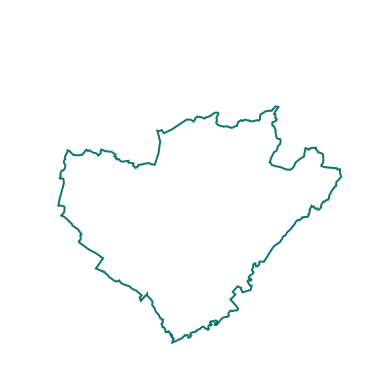 outline of Kao Liao, Nakhon Sawan, Thailand, rotated 46°
{"feature_id": "78962969B93579167004560", "entity_name": "Kao Liao", "entity_type": "district", "adm_level": 2, "iso_a3": "THA", "parent_name": "Thailand", "parent_adm1": "Nakhon Sawan", "projection": "equal_earth", "projection_center": [100.115, 15.884], "detail": "fine", "context": "isolated", "style": "outline", "palette": "teal", "viewbox_px": 384, "rotation_deg": 46, "n_neighbors": 0, "source": "geoboundaries", "source_scale": "gbopen_adm2", "svg_char_len": 6031}
<svg xmlns="http://www.w3.org/2000/svg" viewBox="0 0 384 384"><g transform="rotate(46 192 192)"><path d="M75.5,252.5L76.7,254.1L78.3,258.7L79.3,259.9L80.2,260.1L80.3,261.4L81.1,263.1L81.9,263.8L84.7,264.4L86.6,266.9L87.1,269.6L86.2,270.6L86.2,271.4L88.0,274.7L89.4,275.3L90.0,277.4L90.5,277.7L91.2,277.3L92.3,275.7L93.2,275.5L93.7,275.6L96.8,278.2L104.5,291.2L108.9,297.6L109.5,297.1L109.7,296.6L112.9,294.3L113.8,294.1L114.8,294.4L117.7,297.9L118.2,302.4L119.6,301.6L122.3,301.0L131.7,300.6L133.1,301.3L140.2,299.8L141.5,300.5L142.7,300.4L145.8,301.0L146.0,302.9L147.5,303.7L148.6,305.1L148.8,306.5L149.2,306.8L148.9,307.7L150.0,308.2L162.8,305.9L165.5,304.8L168.9,303.8L173.3,302.8L175.8,302.7L176.5,302.2L177.9,302.0L180.3,314.3L184.0,312.6L185.5,312.2L186.7,311.3L188.0,311.4L188.5,310.5L189.5,310.4L190.9,310.9L191.5,310.5L193.3,310.2L195.3,310.7L201.9,309.5L204.0,308.5L205.2,305.7L206.2,306.2L209.8,305.9L216.6,302.4L219.6,302.3L222.9,301.3L224.4,300.5L231.4,300.1L231.6,303.0L233.5,303.2L233.5,303.9L234.8,304.4L234.4,300.9L234.4,296.9L234.1,295.1L235.2,296.1L242.6,296.3L244.3,297.3L245.2,298.8L245.9,299.3L248.7,299.5L253.5,301.2L257.1,301.2L260.8,302.5L261.3,302.0L262.2,302.2L263.7,301.5L263.9,302.3L264.2,302.2L265.6,303.8L265.8,304.7L265.6,305.5L266.6,306.0L267.7,306.1L268.3,307.0L268.9,307.0L269.2,306.5L270.7,306.2L271.7,306.8L272.5,306.7L273.3,307.6L274.4,308.3L275.7,307.1L275.6,306.3L276.3,305.5L277.0,306.0L277.7,305.7L279.2,306.3L279.6,305.9L280.2,306.6L280.7,305.9L281.2,305.7L281.6,307.1L282.3,307.4L282.7,306.9L283.4,306.8L284.0,307.5L285.1,307.3L285.3,308.4L286.6,310.7L288.4,306.3L289.2,303.0L290.2,301.2L290.1,297.7L290.1,297.0L290.6,296.9L290.4,296.2L291.8,294.8L292.4,294.6L294.3,295.9L295.0,294.4L295.1,293.8L294.7,292.2L293.3,292.5L292.7,291.5L293.1,289.1L294.5,287.7L294.8,287.0L294.6,286.4L295.1,285.9L294.9,283.8L296.0,281.6L295.9,280.0L296.2,278.1L297.1,277.2L299.0,277.2L300.6,276.6L301.8,276.5L302.4,275.8L302.2,275.0L300.4,274.1L299.7,272.9L299.9,271.7L301.1,271.2L301.2,270.1L300.7,269.7L298.9,270.1L298.3,269.6L298.2,268.2L298.6,267.5L300.1,266.7L300.0,265.6L300.9,264.1L302.0,263.6L302.8,263.9L303.1,264.4L303.1,265.3L302.5,266.3L302.9,267.5L303.6,267.9L304.5,267.1L304.7,265.2L303.8,259.3L303.9,257.0L305.3,254.4L306.5,253.2L306.8,252.3L306.6,251.4L305.2,250.8L304.4,249.7L304.1,247.2L304.5,246.3L305.8,245.6L306.9,243.5L308.3,242.0L308.5,241.2L307.9,239.8L305.2,239.4L296.1,239.0L295.9,232.0L292.1,232.1L291.6,224.7L295.2,223.3L295.5,224.1L299.4,225.3L303.2,217.8L300.7,214.1L300.2,214.9L299.2,215.3L297.5,214.7L295.6,214.5L294.8,214.0L294.6,212.6L296.5,211.6L296.7,211.0L296.5,210.4L295.7,209.9L293.8,210.7L292.8,210.6L292.5,209.7L292.5,207.5L293.0,205.2L292.7,203.8L291.7,203.2L290.5,203.4L289.6,203.1L288.9,200.5L287.3,199.1L286.7,198.1L286.8,196.5L287.4,196.0L288.0,196.2L289.4,197.6L290.9,196.9L290.9,194.2L290.7,193.7L290.0,193.4L289.4,192.0L289.1,191.8L292.2,188.4L291.6,186.9L290.7,182.2L290.1,180.6L288.8,174.9L288.2,172.8L288.0,169.3L289.2,163.5L288.6,161.5L288.5,159.9L287.4,158.2L287.5,156.9L288.1,155.3L287.1,151.4L287.3,147.4L286.6,143.1L286.7,141.5L285.6,138.3L285.5,137.3L285.7,135.1L287.0,134.4L286.9,132.6L287.3,131.5L286.9,130.0L288.0,129.4L288.2,128.2L290.0,126.4L290.2,125.5L289.8,124.2L288.9,123.9L289.0,122.5L288.0,121.5L287.6,120.5L286.4,120.0L286.4,119.3L285.0,115.6L286.5,115.5L287.0,114.5L287.6,114.5L288.2,115.0L289.5,114.9L290.0,114.6L290.3,113.6L291.9,113.9L292.9,112.8L292.6,109.4L291.5,108.8L290.4,106.4L290.3,103.9L291.0,103.8L291.3,100.3L292.1,99.9L292.1,99.2L291.5,97.5L289.9,95.8L289.3,93.4L288.6,92.1L287.7,88.5L287.8,86.9L287.2,86.0L287.8,84.0L286.8,83.3L285.0,80.9L285.1,78.7L284.8,77.1L285.0,75.9L284.5,73.9L281.3,72.5L280.5,71.7L279.6,71.1L278.7,69.7L278.0,70.1L276.8,71.8L275.6,71.2L267.7,78.2L264.1,80.5L263.0,80.8L262.3,79.7L262.1,78.2L261.8,77.2L261.1,76.2L258.3,73.5L255.3,71.5L251.9,73.0L251.3,73.8L249.4,73.0L248.5,73.3L247.6,73.0L247.1,73.1L246.2,72.1L243.1,75.8L243.1,76.5L242.7,76.8L242.7,78.7L242.1,79.1L241.4,78.7L239.3,79.8L240.5,81.8L244.3,86.8L243.3,91.0L242.8,96.1L242.9,97.3L244.5,101.3L244.7,103.2L244.4,105.6L242.3,107.7L240.7,108.8L235.5,111.1L231.5,113.9L227.8,115.9L225.9,115.2L224.7,115.6L224.3,114.5L222.8,112.2L220.4,105.6L220.5,104.5L221.0,103.5L221.0,102.6L220.0,100.3L218.8,98.9L218.8,95.7L217.4,93.3L215.6,91.8L214.7,92.2L213.5,93.3L211.8,93.4L210.6,92.8L208.0,90.9L206.8,90.4L205.2,88.5L204.1,88.6L202.3,87.4L201.0,87.8L199.5,87.7L198.9,86.8L198.3,86.7L197.7,85.8L199.1,82.5L199.2,81.8L198.7,80.9L198.2,80.3L197.8,80.8L196.3,80.4L196.3,80.0L193.9,78.0L193.0,78.8L192.1,77.0L190.9,70.8L188.4,72.3L188.4,73.1L188.8,74.5L188.5,76.0L189.0,78.2L187.7,79.4L185.1,83.0L184.2,87.3L183.8,88.2L184.5,90.2L186.7,92.3L186.8,93.2L187.1,94.3L186.2,95.0L185.6,95.2L182.8,100.0L181.7,100.6L180.8,101.4L179.5,101.6L178.9,102.4L177.0,103.5L176.4,104.1L176.2,106.1L175.8,106.6L174.7,106.6L174.3,107.0L173.8,110.1L174.3,111.0L175.1,113.1L175.7,113.6L174.4,115.9L174.0,118.0L173.0,119.3L170.2,120.6L168.2,122.1L166.8,124.1L166.4,124.1L162.6,126.5L160.9,126.9L159.0,126.6L158.1,124.6L155.5,122.7L154.8,120.9L154.7,120.0L153.6,118.3L153.0,118.3L151.3,119.8L150.9,120.5L150.4,123.0L150.0,126.3L147.9,130.4L147.9,132.0L144.5,133.4L143.9,134.2L142.8,134.7L141.5,135.8L141.3,138.8L142.1,140.1L142.5,141.8L139.1,142.7L136.3,145.3L132.9,163.5L130.1,171.5L126.4,170.8L125.2,173.6L123.9,174.3L134.0,180.1L135.9,182.9L140.9,189.2L146.6,200.0L145.2,200.7L143.8,202.0L141.7,202.6L139.3,205.5L137.4,208.8L135.3,211.8L136.0,212.7L135.6,215.9L133.5,215.8L132.1,216.1L130.8,214.2L126.6,217.3L125.4,216.0L122.1,220.8L121.9,220.8L120.4,221.9L117.7,221.8L117.0,222.1L116.7,223.2L114.7,223.4L114.3,222.3L112.4,223.1L111.9,221.0L107.2,222.0L101.9,226.4L101.5,226.2L100.4,227.0L98.5,227.7L98.7,228.7L100.6,230.6L100.8,231.8L100.7,234.0L99.9,233.7L97.3,234.2L95.3,235.6L90.7,236.9L90.3,238.5L88.3,238.5L88.1,239.6L88.7,242.2L88.8,244.4L89.1,244.9L87.0,247.9L83.4,251.3L82.1,251.6L77.1,251.7L75.5,252.5Z" fill="none" stroke="#0f766e" stroke-width="2"/></g></svg>